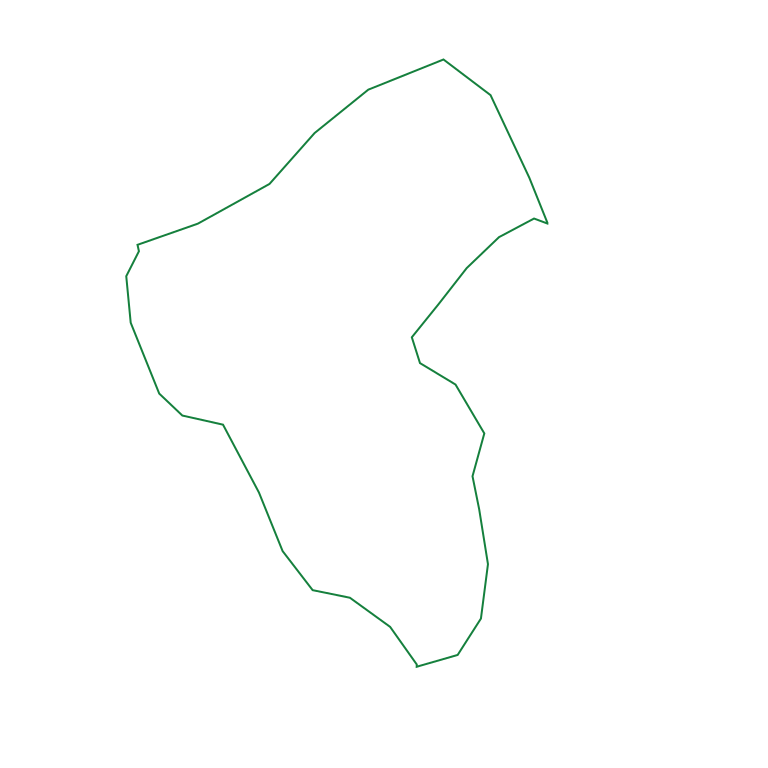 Mölndal, Västra Götaland, Sweden (orthographic projection), rotated 68°
{"feature_id": "70781695B68601782286735", "entity_name": "Mölndal", "entity_type": "district", "adm_level": 2, "iso_a3": "SWE", "parent_name": "Sweden", "parent_adm1": "Västra Götaland", "projection": "orthographic", "projection_center": [12.149, 57.629], "detail": "fine", "context": "isolated", "style": "outline", "palette": "green", "viewbox_px": 768, "rotation_deg": 68, "n_neighbors": 0, "source": "geoboundaries", "source_scale": "gbopen_adm2", "svg_char_len": 621}
<svg xmlns="http://www.w3.org/2000/svg" viewBox="0 0 768 768"><g transform="rotate(68 384 384)"><path d="M658.4,459.6L662.8,417.2L651.7,401.6L637.8,382.0L590.0,355.1L535.9,342.7L502.7,336.5L467.4,309.5L411.3,317.9L378.1,342.8L351.1,340.7L330.3,303.3L307.5,263.9L290.9,222.3L286.8,182.9L296.4,172.4L295.8,172.1L247.2,172.0L156.1,177.0L105.4,207.3L105.2,288.3L125.3,354.3L155.6,415.2L165.6,496.5L162.6,560.4L169.1,561.5L187.5,582.6L232.3,595.9L308.7,596.0L337.7,582.8L361.4,548.5L437.8,540.6L501.0,540.6L548.4,527.4L569.4,495.7L611.5,469.3L656.3,458.7L658.4,459.6Z" fill="none" stroke="#15803d" stroke-width="2"/></g></svg>